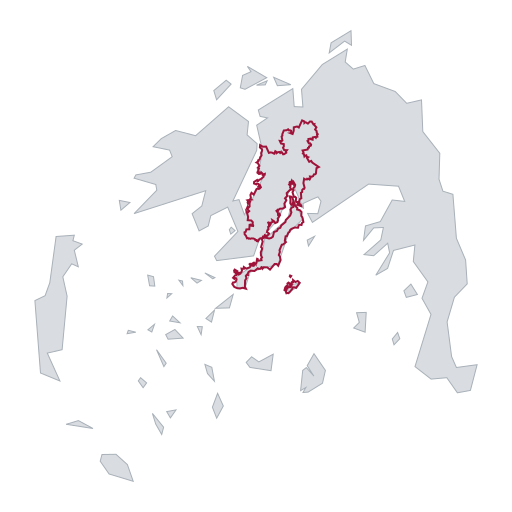 location of Stereas Elladas, Stereá Elláda, Greece, rotated 90°
{"feature_id": "26713481B15414951167649", "entity_name": "Stereas Elladas", "entity_type": "district", "adm_level": 2, "iso_a3": "GRC", "parent_name": "Greece", "parent_adm1": "Stereá Elláda", "projection": "natural_earth1", "projection_center": [23.323, 38.611], "detail": "fine", "context": "in_parent", "style": "outline", "palette": "rose", "viewbox_px": 512, "rotation_deg": 90, "n_neighbors": 0, "source": "geoboundaries", "source_scale": "gbopen_adm2", "svg_char_len": 9808}
<svg xmlns="http://www.w3.org/2000/svg" viewBox="0 0 512 512"><g transform="rotate(90 256 256)"><path d="M364.7,34.9L390.4,41.6L392.8,54.6L377.7,65.2L379.1,80.9L366.6,97.0L314.4,81.0L298.3,90.0L281.9,84.1L261.5,98.7L245.0,97.1L250.4,118.5L268.4,124.4L275.2,136.2L252.8,122.4L243.2,124.3L255.7,138.3L254.6,148.0L239.9,131.2L227.5,128.6L227.9,138.3L240.4,148.5L225.9,146.5L221.6,131.7L200.0,119.8L201.4,107.3L186.2,113.5L184.1,143.4L222.4,199.6L213.4,204.4L213.7,194.2L201.2,191.0L196.9,194.1L199.3,199.9L203.5,209.0L208.8,208.5L182.7,219.7L218.5,233.1L241.1,253.3L255.9,258.4L260.6,295.3L256.2,297.5L231.5,274.1L207.1,284.3L215.6,301.2L226.0,303.8L230.9,312.9L213.7,319.9L206.0,310.2L190.7,306.3L213.6,377.9L190.2,355.2L184.5,356.2L178.2,377.9L174.9,376.1L172.2,361.2L156.7,339.8L150.1,342.4L146.7,358.9L138.6,350.7L130.5,336.4L135.7,316.4L106.8,283.4L121.5,263.5L134.9,264.9L143.7,254.9L150.4,255.3L201.0,279.1L199.6,273.0L214.8,267.6L175.0,247.7L169.6,253.0L151.1,249.4L125.2,255.3L117.9,244.5L116.4,251.9L110.0,253.7L88.6,219.2L106.6,217.8L107.0,209.1L89.3,210.5L64.5,189.7L49.1,164.7L62.0,166.8L69.1,158.7L65.5,147.1L83.6,138.2L91.5,116.8L103.3,105.3L99.9,90.5L131.6,89.2L153.3,72.2L179.2,73.0L191.2,69.1L194.3,59.1L238.3,55.6L260.0,46.4L283.9,44.8L297.2,57.6L321.9,64.9L356.6,60.4L367.5,55.6L364.7,34.9ZM250.2,437.7L266.8,433.7L263.8,440.3L276.8,449.2L296.2,444.9L349.7,449.9L353.1,464.7L381.0,452.1L373.0,471.5L300.6,477.1L295.7,466.9L282.7,462.2L236.5,455.9L235.2,437.7L240.7,439.1L244.1,429.8L250.2,437.7ZM218.8,209.0L232.7,223.2L264.2,234.0L272.1,261.9L287.2,266.7L288.0,275.0L276.5,275.1L259.7,250.8L239.3,247.4L218.4,224.0L198.5,219.5L218.8,209.0ZM383.2,189.5L392.1,203.9L392.5,209.0L387.5,206.1L390.6,211.4L370.4,209.3L367.6,205.7L376.1,198.1L365.7,204.8L353.7,198.0L370.4,186.6L383.2,189.5ZM461.2,411.8L454.5,410.0L454.3,396.0L464.6,384.6L481.3,378.8L474.0,402.9L461.2,411.8ZM367.4,262.1L362.4,265.8L356.8,260.4L361.9,253.2L354.2,238.8L370.7,241.0L367.4,262.1ZM77.7,245.3L89.3,267.0L87.8,271.7L75.4,269.4L71.7,261.0L66.4,264.6L77.7,245.3ZM52.9,182.8L42.8,180.9L30.7,161.0L45.3,160.5L41.1,167.4L52.9,182.8ZM332.2,146.9L328.0,158.3L322.4,152.7L312.7,155.4L312.4,145.8L332.2,146.9ZM406.0,288.7L418.2,295.3L407.2,299.6L393.3,294.4L406.0,288.7ZM297.4,105.7L290.8,108.1L284.1,101.1L294.5,94.6L297.4,105.7ZM84.1,280.9L99.8,295.4L90.6,298.2L80.2,285.8L84.1,280.9ZM339.2,343.9L334.6,346.3L329.5,337.1L338.1,328.9L339.2,343.9ZM307.9,282.6L308.3,296.4L294.4,278.8L307.9,282.6ZM428.5,419.0L424.3,445.9L420.6,433.6L428.5,419.0ZM85.7,234.6L77.3,238.3L84.7,221.2L85.7,234.6ZM210.2,391.1L200.4,392.7L202.5,382.1L210.2,391.1ZM413.4,359.6L427.2,348.4L434.5,350.3L424.0,356.3L413.4,359.6ZM364.4,307.1L367.3,300.2L381.2,297.6L373.6,304.5L364.4,307.1ZM322.8,332.0L321.0,342.3L316.0,339.4L322.8,332.0ZM322.1,300.5L318.5,306.1L310.1,297.5L322.1,300.5ZM292.8,223.5L285.8,224.8L282.9,212.3L287.0,214.8L292.8,223.5ZM344.8,118.0L339.0,119.7L332.5,114.4L338.7,112.2L344.8,118.0ZM286.1,357.2L285.8,362.4L275.1,364.3L276.7,358.5L286.1,357.2ZM366.6,348.1L349.7,355.5L363.2,345.8L366.6,348.1ZM278.8,299.3L272.9,307.2L277.6,297.1L278.8,299.3ZM334.7,310.9L326.5,314.7L326.7,309.7L334.7,310.9ZM387.7,368.9L380.9,373.7L377.7,371.4L382.9,365.4L387.7,368.9ZM417.9,341.6L411.6,345.3L409.9,336.0L417.9,341.6ZM283.1,315.0L277.7,321.2L280.4,310.6L283.1,315.0ZM84.9,246.8L85.2,255.5L80.8,244.9L84.9,246.8ZM332.0,360.2L329.8,364.1L324.3,357.5L332.0,360.2ZM246.0,203.5L240.1,204.8L236.3,197.4L246.0,203.5ZM234.1,281.2L229.7,282.7L227.2,280.8L230.6,276.9L234.1,281.2ZM285.6,329.1L280.2,333.1L281.0,329.5L285.6,329.1ZM332.2,376.2L333.7,384.9L330.3,383.7L332.2,376.2ZM298.0,345.1L293.5,344.4L293.7,340.3L298.0,345.1Z" fill="#d9dde1" stroke="#a8b0b8" stroke-width="1"/><path d="M121.6,200.3L121.5,202.0L123.6,204.1L122.4,206.1L122.3,207.1L122.8,207.6L121.4,207.7L120.4,209.9L127.5,213.2L126.5,214.9L127.3,218.2L130.8,218.3L134.0,219.4L133.2,221.4L133.1,220.8L130.7,220.9L130.3,222.0L130.5,222.9L129.3,223.9L130.2,225.2L130.5,228.2L134.2,229.7L135.6,229.6L136.5,230.4L140.5,229.6L141.1,230.4L140.9,232.2L143.5,231.0L144.1,228.2L146.5,228.2L147.7,229.0L150.1,227.8L150.2,225.1L151.5,226.1L152.7,225.7L154.2,228.0L154.3,228.9L152.5,229.9L152.7,230.9L152.0,231.1L152.9,231.9L152.0,232.6L152.2,234.1L153.2,235.5L151.8,235.8L151.2,236.7L153.7,237.9L152.6,240.0L152.4,241.5L152.9,243.1L146.6,245.9L146.7,249.2L145.1,251.9L147.4,252.1L149.3,250.0L150.5,249.9L153.1,250.9L155.5,250.5L157.2,251.8L159.5,252.4L160.3,253.8L161.1,253.5L162.5,255.4L163.0,254.2L165.9,252.6L167.8,254.2L168.6,253.1L169.8,253.8L171.6,253.5L171.6,254.3L172.7,254.6L173.6,253.5L173.0,252.7L173.9,252.6L173.7,251.5L172.4,250.8L173.5,249.6L174.7,249.4L173.9,247.2L174.7,247.3L174.8,248.1L175.5,248.4L176.7,248.4L179.3,251.4L179.7,252.7L181.0,253.8L181.1,254.4L180.0,254.9L181.9,257.9L183.5,258.0L184.4,255.7L183.5,255.0L183.9,253.6L185.2,252.5L186.2,253.5L186.8,252.3L185.8,251.8L187.3,251.1L188.7,252.5L188.9,253.5L188.3,254.1L189.1,255.5L194.6,258.3L192.8,260.5L195.0,261.6L197.9,261.1L199.0,261.8L199.6,260.8L200.3,264.4L200.8,263.8L202.4,264.4L203.6,264.0L202.3,262.7L201.1,263.2L201.7,262.0L203.1,262.5L206.5,262.4L207.9,263.7L206.8,264.4L208.7,265.2L211.1,262.8L212.7,264.4L211.8,265.3L216.8,263.9L220.2,264.3L220.5,260.7L222.2,259.2L224.1,259.4L225.3,258.8L226.0,258.9L225.9,259.7L225.7,260.9L224.6,261.4L224.8,262.4L229.3,262.7L229.4,265.6L231.8,266.3L232.3,267.5L234.4,267.3L235.6,266.1L238.3,265.0L238.0,264.1L238.7,263.2L238.4,262.6L238.8,261.6L238.4,260.6L238.5,258.5L239.2,257.0L240.1,256.7L240.0,255.4L241.1,255.2L241.4,254.1L239.1,252.8L238.3,251.7L238.2,249.6L236.5,249.0L236.5,247.5L235.1,247.1L235.4,246.1L236.1,246.1L236.1,245.2L234.1,243.2L233.5,243.0L232.1,245.0L230.2,244.6L229.5,243.7L226.8,243.8L226.4,243.0L224.5,243.0L222.6,243.8L222.4,243.3L223.0,242.4L225.0,241.9L223.8,241.2L222.8,241.5L221.8,239.1L220.2,239.6L221.3,237.9L223.1,236.8L222.1,234.6L220.2,233.9L218.6,234.3L215.1,232.0L214.0,232.4L215.3,233.4L215.2,233.9L212.8,234.1L210.9,235.5L210.6,235.0L211.7,234.2L210.6,234.0L210.9,234.7L210.4,234.9L209.7,234.4L209.7,233.6L210.2,234.2L210.4,234.2L208.7,232.0L208.6,229.1L207.1,226.9L203.6,227.6L200.2,225.6L198.3,227.0L196.1,224.9L193.1,225.3L190.0,222.1L189.5,220.6L187.4,221.9L186.0,221.6L184.7,222.7L184.1,221.3L183.7,222.4L183.1,222.5L182.8,221.6L182.0,221.9L181.9,221.3L183.3,219.7L181.1,220.4L180.6,220.2L182.2,219.3L181.6,218.7L184.9,216.8L186.8,217.3L188.1,218.7L189.3,219.0L190.1,218.3L192.2,219.5L196.5,218.2L196.9,217.8L196.8,216.8L197.8,215.8L200.7,216.2L202.1,215.7L202.0,214.6L203.9,214.1L204.8,214.7L206.2,210.8L205.2,211.0L203.5,212.6L201.7,213.0L199.2,212.3L198.3,210.7L192.8,211.1L192.0,209.8L190.0,209.8L188.9,208.8L188.9,207.9L187.8,207.4L183.1,208.6L178.8,207.9L179.4,207.1L179.4,205.0L178.8,204.8L179.1,204.1L178.7,203.6L179.5,202.4L178.1,201.6L176.5,202.0L176.7,200.1L176.1,198.9L174.4,198.1L174.3,196.8L173.6,196.1L168.1,195.5L167.0,193.2L162.6,199.7L160.9,200.8L161.8,202.8L158.0,205.0L157.2,203.9L156.6,205.4L155.3,205.7L155.7,207.1L156.3,207.6L154.1,208.1L153.5,209.1L152.5,208.5L150.5,209.4L149.5,204.4L147.9,204.0L147.6,203.0L146.5,203.0L145.6,201.1L144.5,200.9L143.3,202.0L143.6,202.7L143.1,203.3L141.1,204.4L140.9,203.6L139.0,203.6L138.6,201.3L139.2,201.1L139.7,199.4L137.4,199.2L136.9,196.7L137.7,196.1L137.1,195.8L136.7,194.6L134.6,195.0L134.1,194.3L132.7,195.3L131.0,195.4L129.5,196.9L127.3,195.6L125.0,197.8L124.1,197.6L124.3,198.6L121.6,200.3ZM222.0,208.6L217.4,209.6L215.9,210.7L212.0,210.5L210.2,212.2L209.5,214.9L207.9,214.7L205.7,216.9L197.5,219.7L196.6,220.9L196.4,222.4L199.3,221.5L203.2,221.7L204.4,221.0L204.9,220.3L204.5,219.5L202.6,219.0L203.4,218.2L207.0,218.7L207.4,220.2L209.6,221.5L212.3,220.6L215.5,221.8L220.0,226.2L222.1,226.6L225.4,230.7L227.8,231.7L228.7,233.9L231.0,235.1L232.0,238.0L236.7,239.1L238.0,240.9L238.5,242.9L237.9,245.3L236.4,245.7L236.0,246.9L237.7,247.1L237.8,248.3L239.1,250.2L241.5,249.3L247.1,250.9L248.2,249.9L249.3,250.0L252.3,251.2L255.5,251.0L257.5,250.0L258.5,250.9L260.2,250.5L260.7,254.0L259.0,254.3L258.8,254.9L263.3,255.7L263.3,256.7L264.0,256.6L262.6,258.0L263.6,259.8L264.9,257.9L265.7,258.1L265.9,258.9L263.8,261.9L264.2,262.4L266.0,261.4L267.4,262.3L268.6,265.8L267.1,268.1L268.8,268.2L268.6,270.5L270.6,270.0L272.5,270.8L272.7,271.9L273.7,271.8L274.5,273.3L273.6,274.2L274.0,275.2L275.1,275.5L275.3,276.8L277.8,278.9L278.8,277.7L277.9,277.3L278.3,275.9L279.4,275.5L281.6,276.2L282.4,277.5L282.5,279.0L283.9,279.7L286.9,277.7L288.2,274.8L288.5,272.0L287.8,269.3L288.7,266.1L286.7,267.1L280.4,266.9L278.2,265.5L276.0,266.2L274.8,265.3L274.9,264.1L274.0,264.4L271.9,263.4L270.6,261.2L271.0,257.5L268.3,254.2L268.9,253.5L268.7,251.5L267.1,250.5L267.4,249.7L268.5,249.4L267.2,248.3L267.4,244.7L269.6,242.0L264.0,237.4L264.0,235.3L265.7,233.8L260.0,231.4L256.5,232.1L255.0,233.2L251.9,232.1L250.2,232.5L244.7,230.2L244.5,228.9L242.1,226.1L240.9,227.2L236.3,226.4L236.1,225.1L232.5,223.6L232.2,222.7L230.1,221.9L228.9,220.6L227.5,217.2L227.7,214.0L225.2,213.3L224.7,212.1L225.0,210.5L223.0,210.0L222.0,208.6ZM287.3,219.3L287.4,216.9L287.9,215.9L282.9,212.3L281.0,214.3L282.0,216.5L280.1,218.9L281.5,218.8L281.9,219.7L282.5,219.2L283.0,220.5L284.2,220.3L284.0,221.3L285.4,220.8L285.9,221.8L286.6,221.2L287.2,221.5L287.2,223.6L285.3,224.8L287.0,226.5L287.4,226.6L287.3,225.2L288.5,224.7L290.0,226.4L290.6,225.7L291.6,226.2L293.2,225.6L292.9,225.0L293.2,223.6L292.3,222.5L288.7,219.6L287.3,219.3ZM272.3,277.5L272.5,276.2L271.1,274.8L269.6,277.3L270.6,277.9L272.3,277.5ZM283.2,224.2L284.0,222.5L284.0,221.5L282.6,223.5L283.2,224.2ZM276.3,222.2L277.0,221.5L276.0,220.8L275.5,221.9L276.3,222.2ZM272.7,273.9L272.2,275.1L273.1,275.6L273.2,274.1L272.7,273.9ZM290.4,226.9L289.1,226.4L288.6,227.1L290.1,227.5L290.4,226.9Z" fill="none" stroke="#9f1239" stroke-width="2"/></g></svg>